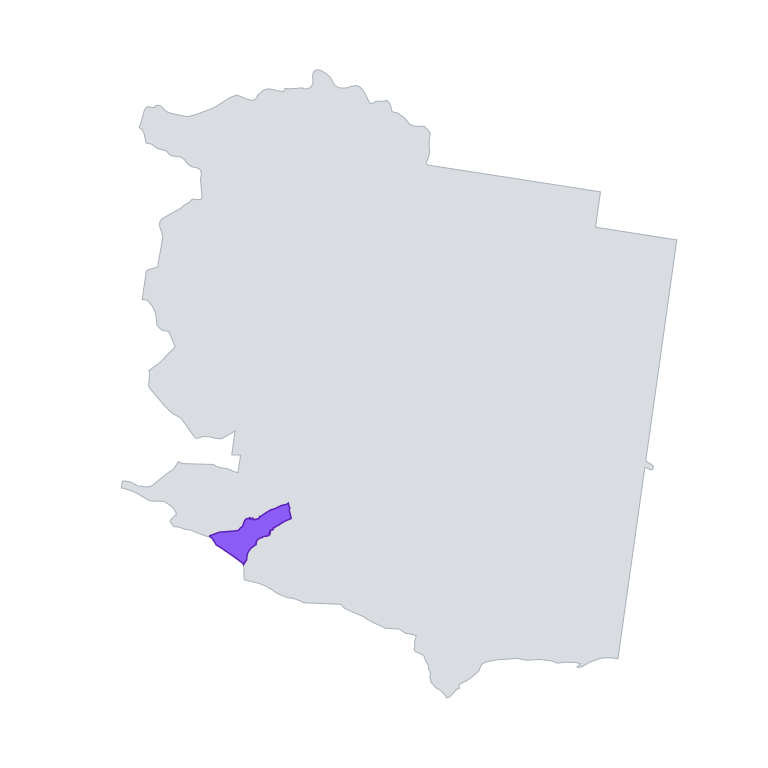 Ad Dinder, Sennar, Sudan shown in context, rotated 98°
{"feature_id": "16777658B21408858343438", "entity_name": "Ad Dinder", "entity_type": "district", "adm_level": 2, "iso_a3": "SDN", "parent_name": "Sudan", "parent_adm1": "Sennar", "projection": "robinson", "projection_center": [34.843, 12.697], "detail": "fine", "context": "in_parent", "style": "filled", "palette": "violet", "viewbox_px": 768, "rotation_deg": 98, "n_neighbors": 0, "source": "geoboundaries", "source_scale": "gbopen_adm2", "svg_char_len": 7316}
<svg xmlns="http://www.w3.org/2000/svg" viewBox="0 0 768 768"><g transform="rotate(98 384 384)"><path d="M523.6,629.7L516.8,629.6L516.1,627.8L516.2,622.9L517.0,619.1L519.5,613.2L518.8,609.9L519.2,605.3L517.4,600.0L501.3,584.9L498.1,580.7L489.4,576.8L490.9,572.5L487.4,541.5L489.2,537.9L489.7,532.4L489.6,527.7L491.7,519.7L492.0,516.3L474.7,516.1L474.5,519.5L475.3,523.3L475.3,524.9L451.3,525.0L460.9,537.2L461.3,542.5L460.7,549.2L460.8,553.4L461.4,556.2L463.9,561.7L463.8,562.7L463.2,564.0L446.1,580.3L443.2,587.8L441.0,591.8L436.0,598.4L420.4,615.8L417.9,616.9L406.0,617.5L404.8,618.0L403.9,618.7L403.4,618.6L393.3,608.4L376.3,596.1L365.0,602.5L361.9,604.8L361.8,610.7L360.1,613.8L357.0,617.0L348.7,619.1L344.3,620.9L339.2,624.2L334.1,629.8L333.7,632.7L334.2,635.2L305.4,635.1L303.5,633.1L299.4,623.9L296.5,624.5L270.2,623.4L266.5,624.4L259.0,628.1L255.2,628.7L251.3,627.0L237.6,608.9L234.6,606.8L231.5,602.4L228.6,600.5L227.6,599.2L227.3,597.2L227.4,593.3L226.5,590.8L224.3,590.2L205.7,594.4L203.1,593.9L199.2,594.7L197.8,595.4L196.2,597.8L195.9,602.8L195.4,605.2L194.0,608.0L188.6,614.1L187.5,616.8L187.7,623.5L187.3,627.0L186.5,628.5L184.2,631.1L183.3,632.6L182.4,641.3L179.4,646.5L178.7,648.4L178.6,652.1L178.1,653.3L169.7,656.3L166.5,658.2L164.6,661.1L164.1,662.4L160.5,661.3L156.0,660.6L147.2,659.6L143.7,658.3L142.1,656.2L142.6,651.0L141.8,649.9L140.4,648.9L139.4,646.7L139.6,643.9L144.3,637.9L145.3,634.6L146.6,619.4L146.3,614.8L142.7,606.3L134.4,591.6L132.4,588.7L122.0,576.6L120.8,574.8L118.3,569.7L121.2,558.5L121.5,555.4L120.8,552.2L118.1,549.8L115.8,549.5L112.7,546.5L110.7,545.2L108.9,542.5L107.7,538.8L108.7,525.7L108.2,523.9L105.5,523.4L104.9,522.5L105.0,519.9L103.6,512.4L102.1,506.2L103.0,502.8L100.8,498.1L96.6,496.1L88.1,497.6L85.5,497.4L83.7,496.5L82.5,494.8L81.9,492.7L82.5,489.7L85.0,484.1L88.0,479.5L94.1,475.3L95.7,473.0L96.7,470.6L96.9,467.7L96.5,464.7L95.9,462.0L94.1,458.4L92.5,454.1L92.5,451.2L93.3,449.1L95.0,446.7L101.0,441.8L107.2,437.7L108.3,436.3L107.9,434.6L105.1,431.3L104.3,424.8L102.8,420.3L105.9,416.9L108.3,415.7L111.9,414.7L113.3,413.3L113.7,410.5L113.7,408.0L115.0,406.0L116.8,401.9L118.2,400.0L122.9,395.2L124.0,392.1L124.4,389.0L123.3,379.9L126.0,376.1L129.5,373.0L134.5,373.2L142.2,372.5L147.5,371.2L151.2,371.2L159.7,372.9L160.6,372.2L161.1,369.8L163.6,196.4L198.8,196.4L199.3,196.1L200.6,114.1L422.1,114.1L423.9,113.8L427.4,106.2L428.9,105.6L431.2,106.1L432.0,107.8L430.1,114.1L623.4,114.1L623.8,123.4L625.4,130.9L630.9,141.7L635.6,147.4L637.3,150.6L637.5,152.1L637.3,153.4L635.8,151.9L633.5,150.8L633.1,155.8L634.3,166.1L636.3,173.3L634.9,179.9L635.1,191.2L637.7,204.8L637.2,213.4L641.3,233.5L645.2,244.7L647.4,247.5L649.8,248.9L654.5,249.9L661.4,255.6L666.9,261.6L668.8,264.7L671.5,268.2L673.3,267.6L674.4,266.7L676.2,269.4L684.8,275.5L686.1,278.2L683.0,281.0L679.5,285.7L677.7,290.1L676.8,291.5L673.9,294.2L673.5,295.5L672.2,296.4L670.9,296.4L667.9,297.9L665.3,297.5L662.6,298.3L661.6,299.3L659.5,300.2L656.6,300.7L652.1,304.4L648.2,306.3L646.9,307.7L644.8,315.1L643.3,317.1L637.5,317.2L634.7,317.9L630.8,317.1L628.9,317.2L628.4,318.7L627.8,325.1L627.9,327.8L624.6,335.0L625.6,348.5L622.5,358.7L622.0,361.0L618.9,369.0L617.2,372.0L613.2,387.0L611.6,391.6L608.2,396.4L611.8,432.4L608.9,443.5L609.0,449.5L607.0,458.4L605.4,462.5L602.8,467.4L600.6,473.0L598.8,480.3L597.5,494.1L596.9,495.4L586.5,497.1L583.3,498.1L581.1,499.6L578.4,503.1L573.2,512.9L570.4,518.8L566.0,527.0L561.0,532.8L559.9,535.6L559.1,540.8L557.2,549.1L555.5,555.0L555.8,559.7L554.2,567.9L554.5,571.9L552.7,574.2L550.3,576.3L548.7,576.8L541.5,571.3L536.4,575.1L533.2,580.4L530.8,585.8L532.2,597.2L532.0,599.7L531.3,602.4L526.5,613.5L525.1,618.6L523.6,627.5L523.6,629.7Z" fill="#d9dde1" stroke="#a8b0b8" stroke-width="1"/><path d="M536.7,466.8L535.7,465.6L535.4,465.2L534.4,464.1L532.0,460.4L531.3,459.2L530.7,458.1L530.3,457.4L530.1,457.3L529.8,457.2L523.9,459.6L522.1,460.4L520.2,459.9L517.8,461.3L516.1,461.9L515.2,462.2L516.7,463.7L518.4,468.4L521.5,473.0L522.3,474.1L523.4,476.2L524.1,478.1L524.4,478.6L528.1,483.2L531.4,486.7L532.1,487.3L532.5,487.8L532.4,488.2L532.3,488.4L532.8,488.8L533.1,488.7L533.5,489.0L533.8,489.0L534.2,489.0L534.4,489.2L534.5,489.4L534.7,489.7L534.9,489.7L535.1,489.7L535.3,489.9L535.3,490.3L535.4,490.7L535.3,491.0L535.4,491.3L535.6,491.4L535.8,491.5L536.0,491.6L536.2,491.8L536.1,492.1L536.0,492.5L536.0,492.8L536.0,493.2L535.9,493.7L536.0,493.9L536.2,494.2L536.5,494.4L536.7,494.6L536.5,495.0L536.2,495.3L535.7,495.3L535.2,495.4L535.5,495.6L535.7,495.8L535.7,496.0L535.6,496.3L535.6,496.6L535.8,496.8L536.0,497.1L536.3,497.2L536.5,497.2L536.6,497.4L536.5,497.8L536.4,497.9L536.1,497.9L535.8,497.9L535.5,497.9L535.2,498.0L535.0,498.5L535.5,498.8L535.8,499.0L536.1,499.3L536.2,499.6L536.2,499.8L536.1,500.1L536.1,500.3L536.4,500.5L536.6,500.7L536.6,501.0L537.0,501.6L537.1,502.1L537.7,502.3L537.9,502.4L538.3,502.7L538.7,503.0L539.3,502.9L539.9,503.3L540.4,503.4L541.4,503.7L542.3,503.8L543.1,504.1L543.6,504.0L544.0,503.9L544.5,504.2L545.1,504.8L545.7,505.0L546.3,506.0L548.3,507.2L549.2,507.9L549.5,508.9L549.9,509.9L550.2,510.9L550.6,512.6L550.7,512.9L551.2,515.2L551.3,515.8L551.4,516.2L551.4,516.8L551.7,517.6L551.9,518.3L552.0,518.9L552.2,520.0L552.3,520.2L552.6,521.8L552.9,522.9L553.0,523.6L553.1,524.4L554.0,527.1L554.6,528.2L555.6,530.0L555.9,530.6L557.0,532.6L558.2,534.8L558.5,535.4L558.7,535.8L558.8,535.9L558.8,536.0L559.0,535.6L560.4,532.8L563.0,530.7L566.3,528.0L566.6,527.9L566.9,527.5L567.7,525.3L567.8,525.2L568.0,524.6L568.4,523.7L569.0,522.3L569.4,521.5L571.4,517.7L572.5,515.3L573.4,513.6L573.4,513.4L577.1,506.3L578.8,503.2L579.3,502.4L579.4,502.2L580.3,500.4L580.6,499.8L580.8,499.5L581.0,499.1L581.7,498.3L581.9,498.1L582.2,497.9L581.7,497.8L581.6,497.7L581.4,497.5L581.4,497.4L581.2,497.3L580.9,497.3L580.7,497.4L580.4,497.4L580.2,497.0L580.0,496.8L579.7,496.6L579.3,496.8L579.0,496.5L578.8,496.2L578.2,496.1L577.8,495.9L577.5,495.5L575.2,495.7L573.0,495.7L571.8,495.7L569.9,495.2L569.2,495.0L566.8,493.8L565.3,493.2L565.0,492.8L564.8,492.6L564.7,492.5L564.1,491.9L563.4,491.1L562.6,490.3L561.9,489.6L561.7,489.3L561.1,488.6L560.9,488.3L560.7,488.3L560.4,488.4L560.2,488.4L560.0,488.5L559.9,488.6L559.7,488.6L559.4,488.4L559.1,488.3L558.9,488.2L558.8,488.3L558.3,488.5L558.1,488.5L557.6,488.4L557.2,488.3L555.9,487.5L554.4,486.0L554.0,485.5L553.9,485.2L553.7,484.9L553.5,484.5L553.3,484.3L553.3,484.2L553.2,484.2L553.0,483.3L552.8,483.1L552.5,483.1L552.1,482.9L551.9,482.4L551.9,481.9L551.5,481.2L551.4,480.7L551.2,480.2L551.2,479.4L551.1,479.0L550.8,478.7L550.5,478.4L550.3,478.0L550.4,477.6L550.2,477.1L549.8,476.9L549.6,477.1L549.4,476.8L549.2,476.4L549.1,476.1L548.9,476.1L548.6,476.1L548.3,476.2L548.1,476.5L547.9,476.7L547.7,476.6L547.6,476.3L547.5,476.1L547.4,476.1L547.2,476.0L547.0,476.6L547.0,476.9L546.9,476.9L546.7,476.7L546.6,476.4L546.6,476.2L546.4,476.1L546.2,476.0L545.9,476.1L545.8,476.3L545.7,476.3L545.3,476.4L545.2,476.2L544.9,476.0L544.7,475.9L544.7,475.7L544.4,475.7L544.1,475.6L544.0,475.3L544.1,475.0L544.1,474.7L543.9,474.6L543.9,474.4L544.0,474.2L544.0,473.9L543.9,473.9L543.7,473.9L543.5,474.0L543.4,474.0L543.2,474.0L543.1,473.9L543.0,473.6L542.9,473.3L542.6,473.3L542.2,473.5L542.0,473.4L541.6,473.4L541.6,473.1L541.3,472.5L537.9,468.1L536.7,466.8Z" fill="#8b5cf6" stroke="#5b21b6" stroke-width="1.5"/></g></svg>